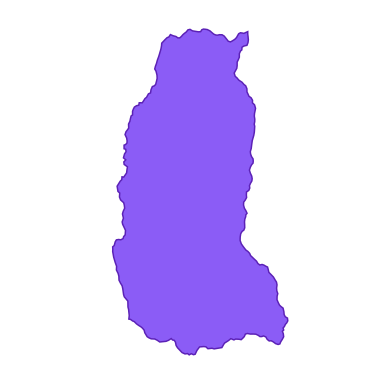 Taipas do Tocantins, Tocantins, Brazil, rotated 175°
{"feature_id": "56859067B89404992716460", "entity_name": "Taipas do Tocantins", "entity_type": "district", "adm_level": 2, "iso_a3": "BRA", "parent_name": "Brazil", "parent_adm1": "Tocantins", "projection": "equal_earth", "projection_center": [-47.012, -12.155], "detail": "fine", "context": "isolated", "style": "filled", "palette": "violet", "viewbox_px": 384, "rotation_deg": 175, "n_neighbors": 0, "source": "geoboundaries", "source_scale": "gbopen_adm2", "svg_char_len": 4236}
<svg xmlns="http://www.w3.org/2000/svg" viewBox="0 0 384 384"><g transform="rotate(175 192 192)"><path d="M199.8,350.7L201.5,348.5L203.4,347.9L205.6,346.1L207.4,344.5L209.2,342.9L209.6,340.4L210.3,337.8L211.0,335.8L211.8,333.8L212.8,331.2L213.8,328.9L215.0,326.4L216.2,323.1L217.5,320.4L218.4,317.8L217.3,315.4L216.7,311.6L216.8,308.3L217.7,305.5L218.8,302.4L220.2,301.1L222.3,300.5L223.9,297.5L224.7,294.3L226.8,293.6L227.9,292.0L229.0,290.3L230.7,289.2L232.1,287.3L233.8,285.2L236.8,285.5L237.5,283.1L239.8,282.8L242.0,281.6L243.2,279.7L244.2,277.6L244.5,274.0L246.0,273.1L246.8,270.9L247.7,267.9L249.3,265.2L249.5,261.2L251.1,259.3L252.5,257.8L253.7,255.0L252.4,251.5L252.2,248.7L252.5,246.5L254.0,245.1L255.6,244.6L255.9,241.0L254.3,240.3L254.2,237.9L255.9,235.8L257.3,232.0L255.2,229.8L257.3,227.9L257.2,225.4L254.1,222.7L254.8,220.0L255.5,216.7L258.7,212.8L260.4,213.2L260.9,210.4L262.6,209.0L266.1,204.3L265.7,199.0L264.1,197.3L264.7,193.3L263.8,190.3L261.0,187.3L260.6,184.8L260.5,181.7L262.2,178.8L263.2,176.2L262.6,171.9L264.2,168.3L263.9,165.9L261.6,159.6L262.3,155.2L264.0,153.5L264.7,151.6L267.1,150.6L269.3,151.1L271.5,150.9L272.8,149.1L274.2,145.4L275.8,144.3L275.9,141.9L276.2,139.6L275.7,133.9L274.6,128.4L273.6,124.6L274.1,120.9L272.7,117.3L272.2,114.4L272.4,110.5L271.1,107.3L269.8,104.7L269.4,101.7L269.1,95.8L268.6,93.5L265.4,88.9L265.8,83.0L265.4,80.4L265.3,74.4L266.0,70.9L264.3,70.4L262.4,68.7L260.8,67.9L258.8,65.5L256.7,63.7L254.7,62.2L253.2,60.7L251.7,58.5L251.3,55.9L249.3,51.8L247.8,50.6L245.5,49.3L241.9,48.8L239.5,47.3L237.2,45.4L230.9,45.5L228.3,46.3L225.5,47.8L224.3,46.3L222.6,45.8L221.6,43.9L221.2,40.5L220.0,38.1L215.9,32.9L213.1,31.3L210.5,31.4L209.0,30.0L206.9,31.0L204.7,29.8L203.0,30.1L200.9,33.7L198.0,37.0L193.8,37.0L191.7,36.6L189.8,34.5L185.7,34.6L183.6,33.8L175.8,34.4L174.0,37.0L172.8,38.6L168.6,40.8L166.1,42.5L163.1,41.0L161.4,41.7L157.9,41.2L155.9,40.6L154.4,41.7L152.5,43.4L151.2,45.8L149.1,46.2L146.3,45.4L143.7,45.2L140.8,44.8L138.6,43.5L136.8,42.0L134.9,41.9L133.4,42.4L131.1,41.2L129.9,38.6L128.1,36.9L126.1,36.9L124.2,35.7L122.0,33.7L119.5,32.6L117.7,33.0L116.7,35.0L115.0,37.2L113.3,39.8L113.4,42.8L114.1,45.4L112.7,46.5L113.1,48.6L111.7,49.9L110.5,52.0L109.1,53.3L107.8,55.3L107.9,58.1L110.0,59.6L110.9,61.9L110.9,64.7L111.4,68.4L113.3,70.1L114.7,71.7L115.8,74.5L116.7,77.3L116.3,80.8L115.4,83.3L116.1,86.0L116.1,88.9L115.4,92.1L115.7,94.9L116.9,97.2L118.3,100.2L120.3,102.7L122.4,105.2L122.9,108.6L123.3,110.7L124.9,111.6L126.7,112.9L128.5,113.7L130.8,113.4L132.6,115.0L133.7,117.4L135.8,119.7L137.7,121.9L139.2,123.6L139.9,125.8L141.5,127.9L143.3,129.4L144.7,131.5L146.0,133.6L147.4,136.1L148.3,139.6L147.9,143.0L147.1,146.2L145.5,148.4L143.7,149.5L142.6,151.7L142.4,154.6L142.3,157.7L141.7,160.5L140.7,162.6L140.3,164.7L139.0,166.0L140.0,168.8L141.2,171.2L141.8,174.5L141.4,177.4L139.7,179.3L138.1,181.7L138.1,184.3L137.7,187.3L135.3,188.6L134.1,190.9L134.2,193.3L133.0,195.5L131.4,197.8L130.9,200.0L131.1,202.6L132.2,205.6L132.9,208.8L131.6,211.8L130.1,214.1L128.7,215.4L128.3,217.5L128.3,219.7L129.6,222.1L130.3,224.7L130.4,227.1L129.2,230.2L128.4,234.0L127.5,237.9L126.4,240.8L125.6,242.8L124.7,246.1L124.2,249.2L123.8,252.0L124.1,254.2L123.4,256.5L123.1,259.1L123.3,262.2L122.9,264.7L122.3,266.7L121.4,269.8L122.1,273.4L124.0,275.6L123.7,278.1L124.9,280.7L126.9,282.4L127.6,284.5L128.5,286.9L128.3,290.1L129.3,293.2L130.8,294.5L132.6,297.0L134.4,298.4L135.8,299.6L137.1,301.6L138.9,303.5L139.6,306.8L138.0,309.2L136.6,311.3L136.0,314.0L135.7,317.5L134.3,319.8L133.1,322.1L132.8,325.6L131.4,328.2L130.0,329.2L129.6,331.8L127.8,332.8L126.2,333.1L124.5,333.3L123.2,335.9L122.6,338.6L122.6,341.6L122.7,344.5L122.5,346.9L124.8,346.1L126.5,345.5L128.1,346.0L129.9,346.4L131.7,345.6L132.9,343.9L134.1,342.1L135.6,340.7L137.1,339.8L138.9,338.9L140.6,338.2L142.7,339.0L144.2,341.3L146.3,344.5L148.3,346.0L150.8,346.3L153.2,346.0L154.8,346.4L156.6,347.4L158.3,349.1L160.0,350.9L162.6,352.5L164.7,353.0L166.4,353.3L168.1,352.8L169.4,351.0L171.6,351.0L173.6,351.5L175.2,351.9L177.5,352.5L179.8,354.2L181.9,353.9L183.8,351.9L185.9,350.6L187.5,349.4L189.0,347.9L190.8,346.6L192.7,346.8L194.4,348.3L197.2,349.3L199.8,350.7Z" fill="#8b5cf6" stroke="#5b21b6" stroke-width="1.5"/></g></svg>